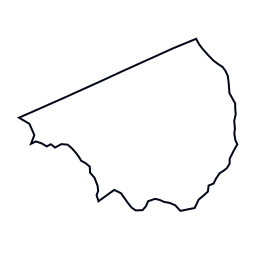 outline of Jucati, Pernambuco, Brazil, rotated 267°
{"feature_id": "56859067B55916108667940", "entity_name": "Jucati", "entity_type": "district", "adm_level": 2, "iso_a3": "BRA", "parent_name": "Brazil", "parent_adm1": "Pernambuco", "projection": "orthographic", "projection_center": [-36.472, -8.73], "detail": "fine", "context": "isolated", "style": "outline", "palette": "ink", "viewbox_px": 256, "rotation_deg": 267, "n_neighbors": 0, "source": "geoboundaries", "source_scale": "gbopen_adm2", "svg_char_len": 1027}
<svg xmlns="http://www.w3.org/2000/svg" viewBox="0 0 256 256"><g transform="rotate(267 128 128)"><path d="M87.0,227.6L92.1,228.0L99.3,232.1L106.0,236.3L110.5,234.5L117.2,233.9L121.9,234.8L129.4,234.4L136.3,236.3L141.1,236.1L146.9,236.3L157.6,231.1L167.3,230.9L174.7,230.4L179.9,228.3L183.8,225.8L187.4,221.0L190.8,216.9L196.4,212.0L203.0,206.7L208.0,203.3L213.5,200.7L205.3,177.4L184.3,123.6L180.8,114.9L177.6,106.9L174.4,98.7L162.2,67.5L144.0,19.7L137.3,29.8L125.8,34.1L117.3,30.3L119.4,35.3L117.2,40.9L113.9,45.9L115.8,50.1L112.3,54.1L115.4,60.7L114.5,66.9L110.8,70.8L106.0,74.6L102.1,77.2L97.7,79.6L95.1,83.8L91.4,87.8L85.3,87.8L80.0,92.0L71.8,94.6L66.6,94.9L62.6,93.1L56.4,94.7L66.9,111.0L63.2,117.6L53.7,123.6L48.3,127.4L45.3,131.4L45.2,138.2L48.9,141.8L53.8,144.2L55.8,151.2L54.6,155.7L52.2,160.4L51.1,165.6L48.3,171.2L42.5,176.0L43.7,184.0L44.6,190.4L52.8,194.8L56.5,199.8L60.4,204.5L66.3,205.5L68.1,210.6L72.8,213.2L78.1,217.2L80.3,221.2L82.8,224.7L87.0,227.6Z" fill="none" stroke="#020617" stroke-width="2"/></g></svg>